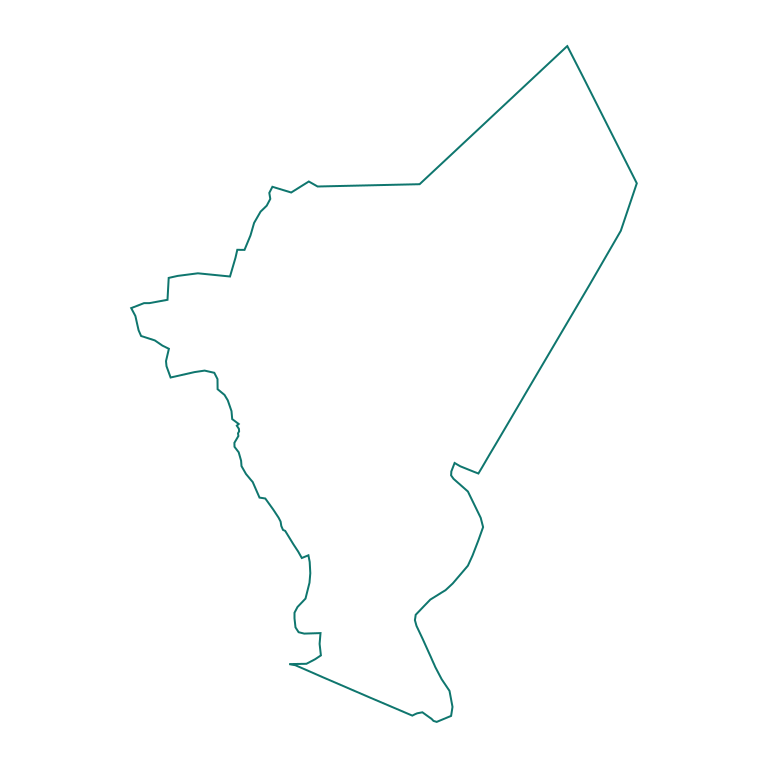 Um Algura, Gezira, Sudan
{"feature_id": "16777658B57538989257512", "entity_name": "Um Algura", "entity_type": "district", "adm_level": 2, "iso_a3": "SDN", "parent_name": "Sudan", "parent_adm1": "Gezira", "projection": "natural_earth1", "projection_center": [33.822, 14.458], "detail": "fine", "context": "isolated", "style": "outline", "palette": "teal", "viewbox_px": 768, "rotation_deg": 0, "n_neighbors": 0, "source": "geoboundaries", "source_scale": "gbopen_adm2", "svg_char_len": 1995}
<svg xmlns="http://www.w3.org/2000/svg" viewBox="0 0 768 768"><path d="M567.3,46.1L567.0,46.3L509.3,100.3L465.7,141.1L419.6,184.2L317.6,186.5L308.8,181.5L291.2,192.5L272.4,186.8L269.3,192.9L270.3,198.9L266.7,205.7L260.6,211.6L254.1,222.9L250.5,235.4L244.5,249.9L237.3,249.8L235.5,257.7L230.0,276.5L197.9,273.3L177.7,275.9L168.7,277.9L167.5,299.8L149.5,303.1L144.1,303.1L131.2,308.1L135.4,316.0L137.3,324.6L138.6,330.3L141.1,336.0L154.8,340.4L162.4,345.6L168.9,348.8L166.0,361.1L166.5,366.2L170.6,377.5L194.5,372.1L204.6,370.6L214.3,372.8L217.5,379.1L217.6,389.2L224.5,394.9L227.8,400.4L231.5,411.1L232.2,419.1L238.7,424.0L236.8,425.7L238.9,428.8L239.1,431.4L238.0,433.3L238.4,436.0L234.4,442.8L234.5,446.8L238.7,452.3L241.1,460.7L241.5,466.1L246.0,474.0L250.8,479.8L252.7,482.0L259.5,497.6L265.3,498.5L273.2,509.5L278.6,517.7L280.6,521.6L281.3,526.0L283.0,529.9L285.2,530.9L293.4,544.3L298.2,551.6L301.8,558.0L308.4,555.3L309.7,562.0L310.3,573.2L309.5,582.7L305.5,598.6L297.5,607.0L294.5,612.7L294.5,618.4L295.5,627.4L298.6,632.2L304.2,633.6L320.5,633.1L319.6,643.9L320.9,655.4L315.0,659.3L306.4,663.8L289.2,664.1L291.3,664.5L291.7,664.6L295.3,665.2L322.5,677.1L370.5,697.8L412.3,715.6L415.1,714.2L417.2,713.3L422.4,712.3L431.7,719.0L433.5,720.9L436.7,721.9L451.1,715.9L452.5,706.9L449.5,690.9L441.7,679.3L435.3,667.1L434.1,664.3L433.4,662.8L432.1,659.9L430.9,657.1L429.2,653.4L422.7,639.0L416.5,625.9L414.9,620.1L415.3,617.7L415.7,614.8L424.2,605.9L430.3,599.6L441.7,592.5L445.5,590.2L452.7,583.5L457.4,578.0L467.9,565.7L472.5,555.6L478.4,540.3L483.1,527.1L480.7,517.8L478.8,513.9L467.9,491.5L453.5,478.8L451.1,475.4L451.1,474.8L451.2,474.3L451.2,474.1L451.3,471.9L451.3,471.5L451.4,471.3L451.4,471.2L451.8,470.3L452.2,469.2L454.6,463.0L460.3,466.3L474.2,471.9L478.4,473.5L482.0,467.5L489.7,454.3L495.9,443.9L503.5,431.0L511.1,418.1L515.9,409.9L520.5,402.1L525.0,394.4L589.4,285.1L620.8,230.8L636.8,183.3L611.7,133.7L583.2,77.2L567.3,46.1Z" fill="none" stroke="#0f766e" stroke-width="2"/></svg>